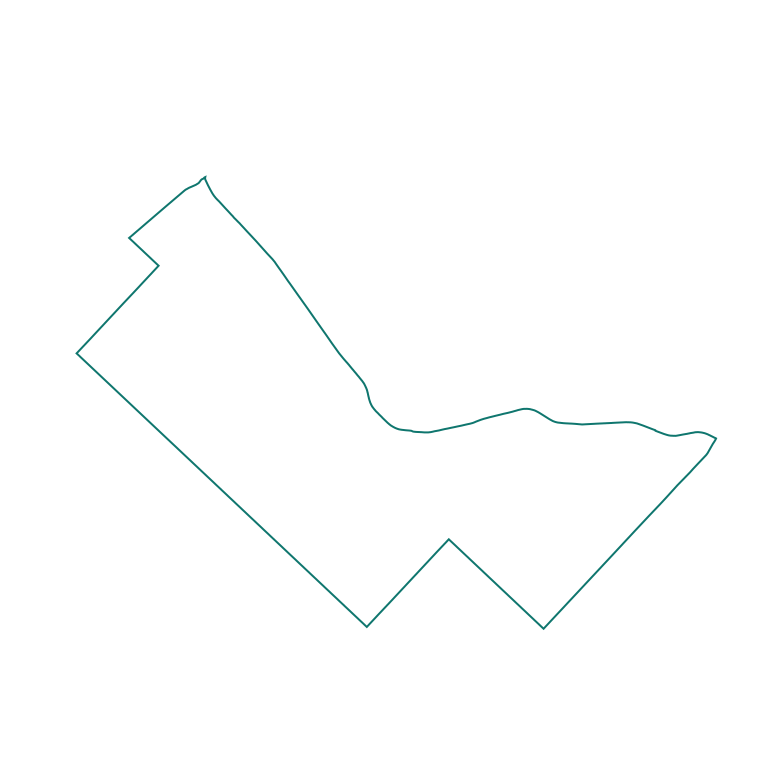 the district of 15 Mayu, Al Qahirah, Egypt, rotated 134°
{"feature_id": "37247803B58448533869188", "entity_name": "15 Mayu", "entity_type": "district", "adm_level": 2, "iso_a3": "EGY", "parent_name": "Egypt", "parent_adm1": "Al Qahirah", "projection": "equal_earth", "projection_center": [31.348, 29.853], "detail": "fine", "context": "isolated", "style": "outline", "palette": "teal", "viewbox_px": 768, "rotation_deg": 134, "n_neighbors": 0, "source": "geoboundaries", "source_scale": "gbopen_adm2", "svg_char_len": 5817}
<svg xmlns="http://www.w3.org/2000/svg" viewBox="0 0 768 768"><g transform="rotate(134 384 384)"><path d="M456.0,668.8L455.5,628.3L472.6,628.0L489.8,627.7L506.9,627.5L524.1,627.2L541.2,626.9L558.4,626.6L575.5,626.4L573.3,447.6L570.7,227.6L553.5,227.9L536.4,228.1L519.2,228.4L502.1,228.7L484.9,229.0L467.8,229.3L450.7,229.5L449.2,99.2L346.5,100.9L315.2,101.5L293.5,101.8L278.4,101.9L268.8,102.1L253.0,102.6L234.8,102.5L230.3,102.7L222.6,102.8L211.2,102.9L208.9,103.2L198.9,105.8L194.7,106.6L193.0,107.1L192.5,107.3L192.8,108.4L193.0,108.8L193.4,110.1L193.7,111.2L194.0,112.0L194.5,113.7L194.9,114.8L195.2,115.8L195.7,117.1L196.2,118.2L196.6,119.1L197.2,120.1L197.6,120.8L198.1,121.6L198.6,122.3L198.9,122.7L199.3,123.2L200.3,124.5L201.0,125.2L201.5,125.6L201.8,126.0L202.2,126.3L202.8,126.8L204.3,127.8L205.3,128.6L205.6,128.8L206.5,129.5L207.3,130.0L207.6,130.2L208.3,130.7L209.2,131.3L212.6,133.8L215.3,135.7L217.8,137.5L218.7,138.2L220.1,139.7L222.1,142.0L223.1,143.4L224.0,145.0L225.5,148.0L228.0,153.7L229.1,156.3L229.0,156.6L228.8,156.8L229.7,158.8L230.3,160.2L231.7,163.5L233.9,168.7L236.6,174.6L237.6,176.2L238.9,178.2L240.2,179.9L243.4,183.4L246.6,186.4L251.5,191.0L252.8,192.2L253.1,192.5L253.6,192.9L255.4,194.6L264.1,202.8L275.5,213.4L278.5,217.1L279.7,218.6L281.9,221.2L286.0,225.9L287.6,227.8L291.0,232.2L291.2,232.5L291.9,233.7L292.3,234.4L292.8,235.5L293.4,236.9L293.8,238.4L294.4,240.6L295.0,243.5L296.0,248.3L296.4,250.2L296.8,252.0L297.1,253.3L297.5,254.6L297.8,255.6L298.1,256.6L298.6,257.8L299.0,258.5L299.5,259.5L300.0,260.3L300.4,261.1L301.1,262.1L301.7,262.9L302.3,263.6L303.0,264.4L303.4,264.7L303.9,265.3L304.6,266.0L305.6,266.8L306.6,267.5L308.0,268.4L309.7,269.5L311.5,270.5L313.0,271.4L313.7,271.8L314.6,272.3L316.2,273.3L318.5,274.7L320.0,275.7L322.4,277.3L325.5,279.2L329.1,281.5L331.2,282.8L335.0,285.2L336.9,286.3L339.7,288.0L341.2,288.8L342.7,289.6L344.2,290.3L345.7,291.0L347.2,291.7L348.7,292.3L350.4,293.1L352.9,294.6L355.4,296.3L357.7,297.8L360.2,299.4L363.4,301.6L366.4,303.6L369.3,305.6L372.0,307.4L374.4,309.1L376.7,310.6L379.4,312.3L381.2,313.6L383.0,314.9L384.3,315.7L386.2,317.0L387.9,318.4L389.0,319.5L390.1,320.6L391.4,322.1L392.8,323.8L394.3,325.5L396.4,327.9L397.1,328.8L398.0,330.0L398.7,331.9L399.9,333.5L401.0,334.8L401.9,335.9L402.6,336.8L403.3,337.7L403.8,338.4L404.3,339.0L404.7,339.5L405.0,340.0L405.3,340.4L405.6,340.8L405.8,341.2L406.1,341.6L406.3,341.9L406.4,342.2L406.6,342.6L406.8,342.9L406.9,343.3L407.1,343.6L407.3,344.0L407.4,344.4L407.6,344.8L407.7,345.2L407.9,345.6L408.0,346.0L408.1,346.5L408.3,346.9L408.4,347.3L408.5,347.8L408.6,348.2L408.7,348.6L408.8,349.1L408.9,349.5L409.0,349.9L409.1,350.4L409.1,350.9L409.2,351.3L409.2,351.8L409.3,352.3L409.3,352.9L409.3,353.4L409.4,354.0L409.4,354.6L409.4,355.2L409.4,355.8L409.4,356.5L409.4,357.3L409.4,358.0L409.4,358.5L409.4,358.9L409.4,359.7L409.4,360.1L409.4,360.7L409.4,361.6L409.3,362.7L409.3,363.8L409.3,365.1L409.3,366.4L409.2,367.8L409.2,370.9L409.1,372.0L409.0,372.5L409.0,373.0L408.9,373.8L408.8,374.5L408.7,375.2L408.6,375.7L408.5,376.2L408.5,376.6L408.4,376.8L408.3,377.1L408.3,377.3L408.2,377.6L408.1,377.9L408.0,378.2L407.9,378.5L407.7,379.0L407.6,379.3L407.5,379.5L407.4,379.8L407.3,380.0L407.2,380.3L407.1,380.6L407.0,380.8L406.9,381.1L406.7,381.4L406.6,381.6L406.4,381.9L406.3,382.2L406.2,382.4L406.1,382.5L406.0,382.8L405.9,382.9L405.8,383.1L405.7,383.3L405.5,383.7L405.3,384.0L405.1,384.3L405.0,384.6L404.8,384.9L404.6,385.2L404.4,385.4L404.4,385.5L404.2,385.7L404.0,386.0L403.9,386.3L403.7,386.6L403.5,386.9L403.3,387.2L403.1,387.4L403.1,387.5L402.7,388.1L402.4,388.5L402.2,388.8L402.0,389.1L401.9,389.3L401.7,389.5L401.6,389.8L401.4,390.0L401.2,390.5L400.9,390.8L400.8,391.0L400.7,391.2L400.6,391.3L400.5,391.5L400.4,391.7L400.3,391.9L400.2,392.1L400.0,392.3L399.9,392.6L399.8,392.9L399.6,393.2L399.6,393.3L399.5,393.6L399.4,393.8L399.2,394.1L399.1,394.4L399.0,394.8L398.8,395.1L398.8,395.3L398.7,395.5L398.6,395.8L398.4,396.2L398.3,396.5L398.2,396.8L398.1,397.1L398.0,397.4L397.9,397.7L397.8,397.9L397.7,398.2L397.7,398.4L397.6,398.7L397.5,398.9L397.5,399.1L397.4,399.4L397.4,399.6L397.3,399.9L397.3,400.1L397.2,400.7L397.1,401.0L397.0,401.6L396.9,402.3L396.9,402.6L396.8,403.2L396.8,403.5L396.7,403.9L396.7,404.2L396.6,404.8L396.6,405.1L396.5,405.8L396.3,407.0L396.3,407.3L396.2,407.9L396.2,408.1L396.2,408.3L396.2,408.5L396.1,409.3L396.0,410.2L395.9,410.5L395.9,410.8L395.9,411.1L395.8,411.9L395.7,412.2L395.7,412.8L395.7,413.1L395.6,413.6L395.6,414.0L395.5,414.5L395.5,414.8L395.4,415.5L395.4,415.8L395.3,416.1L395.3,416.7L395.3,417.0L395.2,417.3L395.2,417.5L395.2,417.8L395.1,418.6L395.0,418.9L395.0,419.1L395.0,419.7L394.9,420.0L394.9,420.5L394.8,420.8L394.8,421.2L394.8,421.5L394.7,421.8L394.6,422.4L394.6,422.9L394.6,423.1L394.5,423.4L394.5,423.8L394.5,424.2L394.4,424.4L394.4,425.2L394.3,425.8L394.3,426.6L394.2,427.5L394.1,428.6L394.0,429.9L393.8,431.8L393.1,437.6L392.4,441.5L390.9,449.7L388.5,461.7L388.3,462.9L385.6,477.0L385.1,479.5L382.7,491.8L379.8,507.4L377.1,521.6L376.6,524.5L375.5,529.9L374.1,537.1L373.6,539.9L372.7,544.6L372.1,547.4L371.9,549.2L371.7,550.8L371.3,558.7L370.0,576.3L369.9,578.4L369.4,588.2L368.8,598.5L368.7,599.1L368.7,601.8L368.6,605.2L368.6,607.2L368.3,609.7L368.3,611.1L368.2,612.5L368.0,615.9L367.8,620.1L367.4,626.3L367.2,629.8L367.2,631.3L367.2,631.5L367.1,634.0L366.7,637.1L366.1,639.9L364.8,644.2L363.3,648.7L361.1,654.5L360.4,655.5L360.1,655.8L359.3,656.3L360.1,656.6L361.3,656.6L361.7,656.6L362.3,656.8L362.9,657.1L363.7,657.3L364.8,657.3L366.0,657.1L367.3,657.0L367.9,656.9L368.6,657.0L369.8,657.3L370.5,657.5L371.1,657.6L372.9,658.3L376.3,659.7L377.7,660.3L377.9,660.4L379.1,660.8L380.2,661.1L380.9,661.3L381.4,661.5L382.1,661.7L382.8,661.8L383.5,661.9L408.0,664.3L456.0,668.8Z" fill="none" stroke="#0f766e" stroke-width="2"/></g></svg>